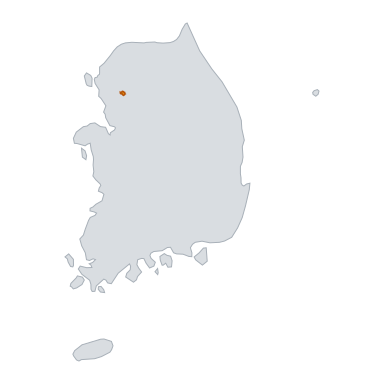 location of Songpa-gu, Seoul, South Korea
{"feature_id": "91817680B10131618900015", "entity_name": "Songpa-gu", "entity_type": "district", "adm_level": 2, "iso_a3": "KOR", "parent_name": "South Korea", "parent_adm1": "Seoul", "projection": "robinson", "projection_center": [127.12, 37.494], "detail": "fine", "context": "in_parent", "style": "filled", "palette": "amber", "viewbox_px": 384, "rotation_deg": 0, "n_neighbors": 0, "source": "geoboundaries", "source_scale": "gbopen_adm2", "svg_char_len": 3469}
<svg xmlns="http://www.w3.org/2000/svg" viewBox="0 0 384 384"><path d="M97.9,75.4L99.5,74.3L99.6,72.6L99.6,67.0L104.1,63.2L110.5,55.3L113.6,50.9L117.2,46.9L121.4,44.2L125.4,42.9L131.8,42.3L144.0,42.9L146.4,42.4L154.9,42.0L156.9,42.7L163.1,43.1L170.0,42.6L173.4,41.5L176.6,39.5L179.4,35.9L182.2,29.2L185.3,24.0L187.1,23.0L199.7,50.9L211.8,68.9L222.1,81.9L236.9,107.0L241.3,120.4L241.8,128.7L244.3,140.2L242.3,146.7L243.0,157.1L242.1,162.4L240.4,166.3L240.4,173.8L241.0,177.8L241.1,183.1L242.3,185.2L243.9,186.0L246.6,184.0L249.9,183.2L249.3,189.6L245.5,205.8L242.2,217.6L237.6,227.9L231.7,237.3L224.6,241.0L219.6,242.3L210.0,242.8L202.0,241.2L195.2,242.3L192.5,244.3L190.4,247.7L191.9,252.9L191.8,256.7L188.8,256.4L183.0,254.2L176.6,253.9L173.6,252.8L170.5,247.3L167.4,247.5L162.1,250.7L153.8,251.5L150.9,253.2L149.9,255.5L151.1,258.4L155.3,262.2L153.9,266.1L149.6,268.0L146.1,263.2L143.9,258.6L141.5,258.4L137.7,259.7L136.9,264.7L138.7,268.1L141.6,272.0L137.5,276.6L136.5,279.8L133.5,282.2L125.7,277.0L126.8,273.3L130.2,269.8L130.6,266.1L129.5,263.9L118.2,273.2L111.3,283.7L107.6,282.9L106.0,280.2L103.8,279.1L96.3,285.9L94.9,291.3L92.2,291.5L91.0,289.2L90.9,284.3L89.6,280.2L81.9,274.3L78.3,269.0L80.2,266.1L86.7,267.7L91.9,267.5L90.9,265.0L89.2,263.8L92.6,262.5L95.5,259.6L93.1,258.8L89.5,260.5L86.5,259.7L85.3,252.8L81.7,245.8L79.8,239.0L83.4,235.1L85.3,229.1L88.6,220.3L90.3,217.4L95.0,215.4L96.6,213.1L94.1,211.9L90.0,210.9L90.1,208.3L92.9,207.0L96.0,204.2L102.0,200.8L103.9,194.3L102.1,192.7L98.4,191.2L99.2,188.0L100.8,185.5L100.2,184.0L95.8,179.8L92.9,176.0L93.8,171.7L93.1,165.1L93.5,159.6L93.3,156.6L91.2,149.9L90.2,143.2L87.4,144.2L85.1,145.8L77.0,143.5L74.4,143.3L73.4,138.3L76.3,132.1L83.3,126.7L87.2,126.0L90.2,123.6L94.9,122.9L100.5,126.6L105.6,127.3L108.4,133.7L110.1,135.0L110.4,132.7L114.5,130.0L115.5,127.9L114.6,126.8L109.9,125.6L105.7,117.7L105.2,114.3L103.6,112.1L105.9,105.8L101.1,98.5L98.7,96.3L99.1,89.8L96.5,85.7L95.1,83.4L94.3,79.5L95.0,77.7L97.2,77.1L97.9,75.4ZM81.4,359.6L79.0,361.0L76.8,360.1L76.2,359.5L73.6,355.9L72.9,354.1L74.7,350.6L82.0,344.8L100.7,339.2L104.0,339.0L111.4,341.4L113.0,345.8L111.6,349.7L109.9,352.2L101.4,356.6L94.7,358.7L81.4,359.6ZM207.2,261.2L202.4,265.1L195.7,259.9L194.1,257.0L199.1,252.9L203.4,248.1L206.2,247.8L207.2,261.2ZM172.1,260.8L171.5,266.9L167.9,267.2L165.7,263.2L163.3,265.1L162.1,265.2L160.3,260.3L159.9,256.5L164.3,253.6L166.9,255.3L170.6,256.2L172.1,260.8ZM76.7,287.9L73.3,288.9L71.5,286.8L70.2,286.2L70.9,283.4L76.3,277.8L77.4,275.9L82.4,277.1L84.3,280.0L82.0,284.5L76.7,287.9ZM92.1,78.2L91.8,86.5L89.0,86.1L87.1,85.3L86.2,83.7L84.3,76.0L86.5,72.9L90.7,75.4L92.1,78.2ZM73.5,265.4L72.8,266.9L70.6,266.5L68.2,262.2L67.3,258.8L65.0,256.9L68.7,253.9L73.4,259.3L73.5,265.4ZM86.6,155.7L85.9,159.7L82.4,157.1L81.5,148.2L85.0,150.8L86.6,155.7ZM318.1,94.3L315.8,96.2L313.0,94.3L312.7,92.4L314.1,90.7L317.4,89.6L319.0,91.1L318.1,94.3ZM103.7,289.6L104.6,292.6L100.4,292.0L98.2,289.2L98.5,286.7L101.0,286.4L103.7,289.6ZM158.2,272.7L157.7,274.6L155.0,271.7L157.6,268.5L158.2,272.7Z" fill="#d9dde1" stroke="#a8b0b8" stroke-width="1"/><path d="M124.7,92.4L122.9,91.9L123.1,91.5L122.3,91.3L121.5,92.2L121.1,92.5L120.6,92.4L120.3,92.2L120.3,92.6L120.3,93.1L120.5,93.4L121.1,93.9L121.6,93.9L122.2,93.8L122.4,94.1L122.4,94.3L122.7,94.9L123.6,95.4L123.9,95.0L124.5,94.8L124.6,94.5L125.0,94.0L125.2,93.9L124.7,93.4L124.4,93.1L124.4,92.8L124.7,92.6L124.7,92.4Z" fill="#f59e0b" stroke="#b45309" stroke-width="1.5"/></svg>